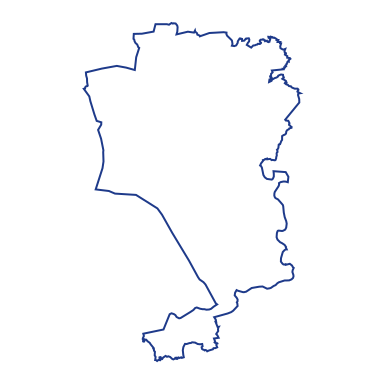 Azoyú, Guerrero, Mexico
{"feature_id": "50627088B36255961277224", "entity_name": "Azoyú", "entity_type": "district", "adm_level": 2, "iso_a3": "MEX", "parent_name": "Mexico", "parent_adm1": "Guerrero", "projection": "mercator", "projection_center": [-98.537, 16.655], "detail": "fine", "context": "isolated", "style": "outline", "palette": "blue", "viewbox_px": 384, "rotation_deg": 0, "n_neighbors": 0, "source": "geoboundaries", "source_scale": "gbopen_adm2", "svg_char_len": 5894}
<svg xmlns="http://www.w3.org/2000/svg" viewBox="0 0 384 384"><path d="M226.5,32.6L223.6,32.2L209.4,33.0L199.9,36.3L199.7,35.6L197.3,34.6L197.1,33.3L195.2,31.6L195.0,30.6L194.0,32.6L187.9,31.7L176.5,34.4L177.3,31.6L177.6,27.1L177.2,25.5L175.6,23.5L173.5,23.3L172.9,23.6L171.5,23.0L169.0,24.7L166.9,24.2L155.5,24.2L153.6,31.6L142.0,33.7L133.8,33.9L133.5,38.9L134.2,39.5L134.6,41.3L135.5,43.0L137.2,44.5L138.3,47.2L139.2,47.9L136.2,57.2L134.8,70.0L126.1,67.6L116.8,65.9L101.8,68.6L85.9,72.4L86.2,75.7L87.0,78.5L87.1,82.1L87.7,85.7L87.4,86.1L86.4,86.2L85.6,86.7L85.1,87.6L85.1,88.4L83.8,88.8L89.3,96.4L90.4,101.3L94.4,114.4L96.7,120.9L101.3,122.3L101.2,124.7L98.1,129.9L101.1,138.8L103.4,150.3L103.2,152.1L103.5,161.5L102.5,168.2L95.7,189.4L108.9,191.0L115.0,193.6L136.0,194.9L157.4,208.4L162.0,214.7L172.2,232.8L189.1,260.8L198.0,277.1L199.6,279.5L203.5,282.2L205.5,284.5L215.8,303.4L217.1,304.4L213.6,306.7L211.1,308.8L209.2,309.5L206.4,309.7L204.4,309.2L202.6,309.2L200.0,308.7L196.8,307.5L195.2,308.0L193.4,310.0L190.4,312.0L180.6,318.0L179.1,318.3L176.6,317.0L175.4,315.1L173.9,314.1L171.5,313.3L169.7,314.2L163.5,329.5L143.3,333.7L143.9,336.0L142.8,338.3L142.8,339.0L143.9,339.1L144.0,339.8L143.1,340.7L143.1,341.4L143.5,341.6L144.2,341.5L144.6,340.2L145.1,339.6L146.2,339.7L147.6,341.3L149.7,342.8L150.7,344.4L153.7,348.1L153.3,348.6L153.9,349.2L154.0,350.7L154.9,351.7L154.7,355.4L155.6,356.9L155.2,360.0L155.9,360.0L157.1,361.0L158.3,360.0L160.3,360.2L160.6,359.7L159.4,358.0L159.5,357.3L160.6,357.1L161.5,358.8L162.2,359.0L163.1,357.6L165.6,355.9L167.0,356.8L168.3,356.3L170.2,357.0L172.3,359.0L173.4,359.4L175.0,358.6L175.3,357.8L176.6,357.7L176.6,358.9L177.4,358.9L178.6,357.5L179.6,358.0L181.2,357.3L181.8,357.9L183.8,357.3L183.3,355.0L182.8,350.2L183.4,347.0L185.0,343.9L186.7,344.0L189.4,343.1L190.9,343.0L192.1,342.3L195.1,342.6L197.7,344.0L200.1,344.3L202.2,344.0L202.6,346.3L201.6,347.2L202.0,348.9L202.8,349.5L204.1,349.9L204.6,350.4L205.6,350.0L206.6,350.5L207.2,351.3L208.9,350.5L212.9,349.3L213.5,348.2L215.4,348.1L217.2,347.3L216.3,345.0L216.5,343.9L217.4,343.5L217.3,343.3L215.2,342.9L214.6,342.3L215.2,341.7L214.0,338.5L218.6,337.8L217.4,335.4L216.2,334.0L218.2,331.0L218.0,329.5L218.3,327.6L218.8,326.8L217.6,327.0L215.6,322.0L216.2,322.1L215.8,319.7L214.2,317.2L227.6,313.5L231.2,312.1L233.2,310.7L237.6,306.0L237.3,303.4L236.8,302.3L237.5,301.4L237.6,299.5L236.7,297.8L234.7,295.4L235.1,292.7L236.6,290.1L237.8,290.7L242.8,292.1L243.9,292.2L246.1,291.7L251.7,288.0L259.2,286.7L262.6,286.5L267.1,288.7L269.6,288.3L270.9,287.9L273.6,286.0L275.6,285.1L277.3,283.3L278.8,282.3L284.5,280.5L289.1,280.4L291.5,279.4L293.0,278.0L293.5,276.4L293.4,275.0L292.4,272.0L292.7,270.1L293.7,267.9L292.9,267.2L292.0,265.5L289.8,263.8L285.8,264.8L285.6,264.2L284.3,264.6L283.4,264.4L282.5,263.7L280.9,261.6L281.0,258.2L282.8,252.0L284.6,250.1L285.7,249.4L286.7,249.4L285.8,247.3L286.0,246.9L284.6,244.9L282.1,243.2L280.1,242.2L277.5,239.6L276.6,237.2L276.9,233.1L277.5,231.3L277.9,230.8L278.7,230.6L282.1,231.0L283.2,230.7L285.2,229.6L286.2,227.6L286.7,223.6L286.2,221.1L284.7,217.1L283.8,212.6L283.2,206.2L282.8,204.9L278.0,199.4L275.5,198.1L274.7,196.9L274.3,195.5L274.4,193.4L274.8,191.9L278.5,186.3L279.1,184.7L279.0,183.1L280.7,182.1L283.5,181.5L285.7,181.6L287.8,182.2L288.4,176.8L285.7,172.1L273.5,171.2L273.8,173.9L273.8,176.6L272.9,178.7L271.8,179.6L266.9,178.9L264.8,177.3L263.4,175.0L261.9,167.7L261.0,166.0L260.1,165.5L261.1,163.3L263.0,160.9L262.9,160.1L264.6,159.7L265.0,159.1L267.1,158.6L267.2,159.3L270.1,158.9L271.7,160.1L272.4,159.9L274.9,160.3L275.5,160.0L276.2,158.2L276.2,157.2L276.8,155.4L276.6,153.6L276.9,152.5L277.5,152.0L277.4,150.5L277.0,149.8L277.9,148.9L278.4,147.8L278.7,144.8L279.2,144.6L279.4,144.1L280.1,144.1L281.3,141.0L282.1,139.9L282.1,136.1L283.7,135.0L284.6,134.8L286.0,133.6L286.3,131.4L287.3,130.0L288.8,129.3L289.3,128.4L291.5,127.8L291.6,127.0L290.8,126.5L290.0,125.5L289.2,125.1L289.0,124.2L289.5,123.2L288.3,120.8L285.8,120.5L285.2,119.7L299.3,102.5L299.2,99.0L298.0,95.0L298.2,94.5L298.1,94.0L298.7,93.4L300.2,93.2L297.5,91.8L297.4,91.4L298.3,90.1L298.0,89.5L298.2,89.3L297.6,88.7L294.8,88.7L292.8,87.9L291.6,87.3L290.9,86.3L289.0,86.1L287.8,84.8L286.3,84.4L284.8,83.2L285.0,82.9L285.9,83.1L286.6,82.6L286.6,82.4L286.0,81.7L285.9,80.9L284.7,80.3L284.4,79.7L283.1,79.3L282.3,78.8L283.8,77.4L283.1,75.9L283.0,74.8L281.0,74.5L279.5,75.1L278.2,75.7L278.0,76.5L276.6,77.5L274.7,78.1L272.0,79.7L271.5,80.9L269.1,82.0L269.4,80.0L269.6,80.1L269.9,79.5L271.1,79.4L271.0,78.7L272.0,78.3L271.4,77.2L270.5,77.5L270.1,76.3L271.1,75.1L271.1,73.8L272.6,72.4L271.9,70.5L283.4,69.3L283.1,68.8L283.7,68.8L284.4,68.2L284.2,67.3L285.1,67.1L285.4,66.4L285.9,66.3L285.4,65.5L286.6,64.5L286.5,63.8L287.3,62.8L287.4,62.0L288.1,61.7L288.3,61.1L288.8,61.4L288.8,60.1L290.4,58.8L289.9,58.1L287.2,57.7L287.3,56.1L284.9,54.6L285.0,54.3L285.7,54.1L286.0,53.4L285.8,53.0L284.8,52.6L284.5,51.5L284.7,50.9L284.4,49.9L285.1,49.5L285.3,48.9L283.5,49.6L282.6,49.4L280.5,48.2L280.2,46.4L281.1,43.4L280.1,43.2L280.4,42.0L277.5,42.0L277.7,40.9L278.2,40.9L278.4,40.0L276.5,40.0L276.6,39.0L274.4,37.7L274.0,37.9L273.6,37.6L272.8,37.6L272.4,37.1L272.1,37.0L271.9,37.4L270.8,36.8L270.4,38.0L269.0,36.8L268.6,36.8L269.1,37.7L268.8,37.9L269.4,38.4L270.0,38.5L270.3,38.9L269.5,41.5L269.1,41.3L268.6,42.1L267.5,41.8L267.0,40.8L266.6,41.0L265.6,40.6L265.5,40.9L265.0,41.2L263.8,39.5L263.2,39.3L263.1,39.6L260.7,39.7L259.8,40.5L259.8,41.1L260.2,42.0L261.0,42.7L260.9,43.2L260.3,43.7L259.8,44.0L257.9,43.8L257.3,44.5L256.2,44.7L255.0,45.3L253.2,45.5L251.2,47.6L246.8,44.9L247.9,42.8L249.1,41.4L249.3,39.5L248.8,38.3L246.4,38.5L246.1,38.9L245.7,38.8L244.3,40.6L242.1,40.9L242.0,38.9L240.9,38.6L241.0,39.0L239.5,38.7L237.8,41.3L237.7,42.8L236.2,45.4L234.3,46.1L231.9,45.7L232.5,44.1L232.0,40.8L231.6,40.1L227.1,35.7L226.4,34.1L226.5,32.6Z" fill="none" stroke="#1e3a8a" stroke-width="2"/></svg>